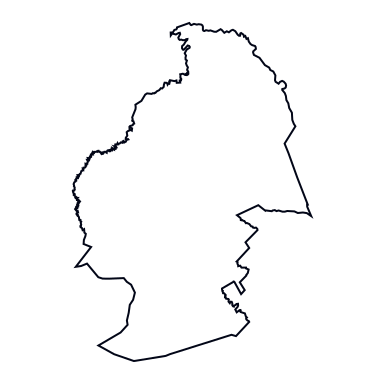 Centenary/ Muzarabani, Mashonaland Central, Zimbabwe (Natural Earth projection)
{"feature_id": "62879985B33993196799610", "entity_name": "Centenary/ Muzarabani", "entity_type": "district", "adm_level": 2, "iso_a3": "ZWE", "parent_name": "Zimbabwe", "parent_adm1": "Mashonaland Central", "projection": "natural_earth1", "projection_center": [31.038, -16.418], "detail": "fine", "context": "isolated", "style": "outline", "palette": "ink", "viewbox_px": 384, "rotation_deg": 0, "n_neighbors": 0, "source": "geoboundaries", "source_scale": "gbopen_adm2", "svg_char_len": 5834}
<svg xmlns="http://www.w3.org/2000/svg" viewBox="0 0 384 384"><path d="M284.8,93.1L282.2,89.9L282.3,89.0L284.5,88.5L285.7,87.5L286.1,85.5L285.6,83.7L283.7,81.6L282.1,80.9L280.0,81.9L278.6,83.7L275.6,81.8L275.0,80.2L275.4,75.4L273.3,71.5L270.3,70.0L269.2,67.6L264.9,65.1L259.5,57.8L253.9,54.9L253.1,52.5L253.2,51.4L255.9,48.9L255.6,46.9L255.0,46.0L252.1,45.1L250.5,44.0L248.8,41.6L247.9,38.2L246.5,38.9L245.3,36.0L244.0,36.7L243.5,34.7L241.1,33.0L240.3,33.5L240.1,35.7L239.1,35.8L237.7,34.7L235.3,31.2L232.9,29.8L231.4,30.3L228.9,32.3L226.8,31.3L224.3,32.8L221.8,30.0L220.6,29.2L216.2,31.8L214.1,31.7L210.4,30.4L208.8,30.8L206.0,30.2L204.5,31.0L203.5,30.8L202.9,29.9L202.9,26.6L202.4,25.4L201.4,24.6L198.7,24.2L196.8,24.6L194.0,23.9L191.3,25.1L190.7,24.9L189.3,23.0L177.0,27.4L176.9,28.5L176.3,29.4L174.4,29.9L172.9,32.4L170.7,32.5L170.8,35.4L172.2,33.5L175.9,34.5L178.6,33.0L179.8,32.8L180.2,34.1L178.3,37.6L178.8,39.1L179.7,39.9L181.3,39.6L182.8,40.2L185.3,40.0L186.1,39.2L187.4,39.0L187.3,39.8L185.6,41.6L183.8,44.6L182.1,46.1L182.0,48.1L182.8,49.6L183.7,49.8L187.7,45.5L189.2,46.0L189.8,47.0L189.5,47.9L186.8,49.5L184.7,53.2L186.0,55.6L185.5,57.5L185.6,59.5L186.9,60.5L186.0,63.4L186.8,65.6L187.9,67.3L187.1,69.9L188.2,71.5L188.3,73.1L187.1,72.8L186.7,73.4L187.7,74.6L186.9,75.1L185.7,74.4L185.7,75.0L185.2,75.0L182.9,73.7L180.2,74.3L180.5,75.7L180.3,77.2L181.3,79.0L181.1,79.9L180.5,79.5L180.3,80.8L179.8,80.8L180.2,82.6L176.7,82.8L176.4,80.5L174.4,81.1L169.9,80.2L169.2,81.5L169.2,81.9L169.8,81.8L169.3,83.8L168.3,83.6L167.6,84.6L167.2,83.2L166.6,82.8L164.6,82.7L163.9,84.7L163.7,86.9L162.1,88.5L160.8,88.2L159.3,90.1L156.7,91.4L155.4,92.9L154.5,92.9L154.1,93.4L152.8,93.2L151.7,93.9L147.1,93.4L145.2,94.6L141.4,100.9L135.4,104.7L135.7,107.1L135.5,109.2L132.2,117.4L132.7,119.3L132.2,120.5L132.4,121.0L133.4,121.2L134.2,123.6L133.0,124.3L132.7,125.2L130.1,126.0L129.4,126.8L129.5,128.3L130.6,127.6L132.1,128.4L131.8,130.6L130.8,130.0L130.0,130.2L127.7,131.2L126.7,132.2L127.3,135.6L125.8,137.8L125.7,139.1L128.1,139.1L128.3,139.4L126.7,139.8L125.8,141.7L124.6,142.2L124.0,143.1L124.2,141.6L123.6,141.5L123.4,141.0L122.6,141.4L122.5,142.8L120.8,142.4L120.0,143.3L118.3,143.9L118.3,145.2L117.5,143.3L117.0,144.4L115.3,144.4L115.2,145.0L116.2,146.9L114.6,146.5L115.9,147.8L115.8,148.8L115.5,148.9L115.0,147.8L114.1,148.3L114.1,149.2L113.0,148.5L113.4,149.4L111.6,148.6L111.5,149.2L112.2,149.5L112.1,150.3L110.8,149.9L110.4,151.2L109.3,151.3L108.9,151.0L109.0,150.1L107.6,150.4L106.8,151.5L106.7,152.8L106.3,152.6L106.1,151.8L104.3,151.8L103.2,153.7L102.8,153.8L103.2,152.3L101.5,152.5L101.1,153.4L100.0,151.8L99.3,151.9L98.7,150.9L97.6,151.7L97.2,151.1L96.1,151.9L94.5,151.9L94.0,153.2L93.5,153.3L93.5,152.4L92.8,151.8L92.1,153.1L92.7,154.5L92.3,154.5L91.8,153.8L90.9,154.4L91.2,155.1L90.5,155.8L91.2,156.0L91.1,156.9L89.8,157.1L89.4,158.1L87.9,158.0L88.4,158.9L89.9,158.0L89.2,159.9L88.8,159.5L87.0,159.7L88.0,161.7L87.4,162.5L87.3,163.8L85.7,163.7L86.4,165.1L86.3,165.5L85.5,165.2L85.4,167.2L84.7,167.7L83.6,167.7L83.5,168.8L82.8,168.6L83.2,170.3L82.3,170.3L82.0,170.9L81.3,171.1L80.5,173.8L79.7,174.0L79.1,175.8L78.3,175.0L77.5,175.1L78.2,176.6L78.1,177.4L77.5,176.8L76.6,177.2L76.7,177.8L77.3,177.7L77.3,178.2L76.0,179.0L76.2,180.3L75.3,180.3L75.6,181.4L74.3,182.3L73.6,184.1L74.1,185.4L73.9,186.2L74.7,187.4L74.5,188.4L74.8,189.3L74.3,190.5L73.1,190.4L72.8,190.8L73.3,192.9L74.8,194.2L74.6,194.6L73.8,194.5L73.7,195.0L76.1,196.9L75.3,197.5L75.6,198.1L77.6,198.0L77.2,198.5L77.2,199.4L76.8,199.3L76.9,200.0L78.4,199.9L78.2,201.2L79.0,200.7L80.0,201.4L78.5,203.6L78.2,203.7L78.0,202.8L77.6,203.0L77.5,204.3L78.2,204.5L78.3,205.1L77.4,205.0L77.7,205.7L77.2,205.9L77.7,206.6L76.4,206.9L76.7,207.5L77.4,207.2L77.4,208.2L76.5,208.9L75.9,207.8L75.1,209.1L76.9,211.3L77.7,211.0L78.0,212.2L77.2,212.1L77.4,213.0L76.5,213.5L76.5,214.2L77.1,215.0L77.8,215.0L77.8,216.0L78.3,216.1L78.9,217.1L79.3,220.0L79.6,220.1L79.9,219.7L80.6,220.1L80.5,221.3L81.2,221.8L80.7,222.6L81.2,224.7L80.4,225.9L80.4,226.4L80.9,226.4L80.8,227.3L82.0,228.1L82.6,230.1L84.1,229.2L84.4,232.6L85.8,233.8L85.4,236.1L83.9,239.9L83.6,244.0L91.1,247.0L75.8,266.8L81.1,266.0L87.0,263.6L98.3,277.2L102.6,278.6L108.7,278.7L123.8,278.1L126.8,281.8L131.1,284.7L134.9,292.6L133.1,299.8L129.8,304.8L128.7,312.8L126.9,320.5L127.6,324.8L120.6,332.5L98.4,345.5L114.1,354.2L133.8,361.0L134.9,360.9L165.7,355.9L170.1,354.1L231.5,334.8L236.0,336.1L249.2,321.9L248.8,321.1L247.5,320.5L246.3,319.3L246.1,318.1L246.9,317.5L245.8,316.3L244.9,313.4L240.6,312.0L240.3,311.6L240.7,310.4L240.5,310.0L239.6,310.1L236.7,312.3L235.3,309.5L237.6,306.9L238.1,305.7L238.0,303.8L236.4,304.0L235.7,305.0L234.2,305.5L233.9,306.6L233.0,306.3L232.3,305.2L232.3,303.3L231.7,301.8L230.6,301.7L229.8,303.2L228.5,301.6L228.8,299.5L228.4,299.0L226.1,298.7L225.6,297.1L225.0,297.2L225.1,295.6L225.6,295.6L225.7,295.0L224.1,293.3L223.1,293.2L223.1,292.4L222.5,291.6L222.8,290.8L222.3,290.5L222.0,289.3L222.0,288.5L234.0,281.5L234.5,281.3L234.1,281.4L241.1,294.1L244.7,290.1L239.8,282.3L246.3,275.6L246.2,275.1L247.8,273.0L248.6,269.5L246.0,268.4L246.0,267.6L241.5,267.6L240.2,265.7L238.2,266.2L238.1,265.0L237.4,263.7L237.6,262.2L236.6,261.6L249.2,248.0L245.5,242.3L257.5,230.1L257.3,228.9L256.0,227.6L254.2,227.9L252.9,227.5L252.6,226.6L251.1,226.3L249.4,224.1L246.9,223.0L245.9,223.2L244.4,221.0L243.3,220.8L242.2,220.0L241.6,220.3L240.8,220.1L240.7,218.4L240.2,217.8L237.0,215.2L258.3,205.2L265.3,210.7L265.5,210.4L271.8,211.2L272.6,210.5L274.8,210.1L276.5,211.1L278.6,210.5L282.6,211.7L284.7,211.7L287.2,211.0L294.4,211.4L297.8,213.0L302.9,212.5L306.8,213.1L311.2,216.1L307.2,206.7L307.1,204.5L307.7,204.5L297.2,177.4L288.5,153.2L284.6,143.6L295.4,126.3L293.8,123.8L292.3,119.9L291.9,112.7L289.2,108.0L288.3,103.3L286.4,100.1L285.9,96.0L284.8,93.1Z" fill="none" stroke="#020617" stroke-width="2"/></svg>